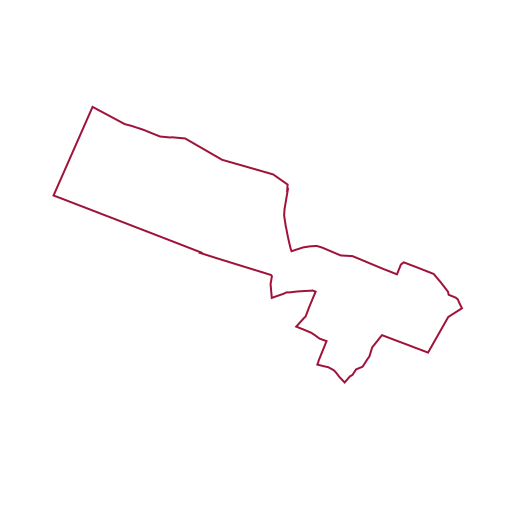 the district of New Cairo-1, Al Qahirah, Egypt, rotated 203°
{"feature_id": "37247803B99181648743437", "entity_name": "New Cairo-1", "entity_type": "district", "adm_level": 2, "iso_a3": "EGY", "parent_name": "Egypt", "parent_adm1": "Al Qahirah", "projection": "orthographic", "projection_center": [31.499, 30.025], "detail": "fine", "context": "isolated", "style": "outline", "palette": "rose", "viewbox_px": 512, "rotation_deg": 203, "n_neighbors": 0, "source": "geoboundaries", "source_scale": "gbopen_adm2", "svg_char_len": 1425}
<svg xmlns="http://www.w3.org/2000/svg" viewBox="0 0 512 512"><g transform="rotate(203 256 256)"><path d="M46.0,288.4L51.1,292.8L53.2,294.9L55.9,295.7L63.5,295.6L65.4,298.2L76.1,304.2L78.6,305.4L85.4,308.9L104.0,308.4L117.5,307.9L119.3,304.7L119.1,296.2L119.1,294.2L134.2,293.8L167.1,293.6L178.3,289.6L198.4,289.6L204.0,289.0L210.2,285.9L216.0,282.3L222.4,276.7L225.1,274.3L226.9,276.2L230.4,280.9L234.2,286.2L238.8,293.0L240.4,295.3L245.9,304.2L248.0,310.1L252.6,329.4L253.0,328.8L254.8,334.1L272.1,337.8L324.8,331.3L367.2,336.5L379.6,332.5L381.5,331.5L391.0,328.5L400.6,328.3L408.3,328.2L421.7,327.1L428.4,326.1L464.7,329.4L466.0,232.6L413.4,234.4L308.7,237.8L308.0,237.8L308.5,237.0L288.5,238.9L236.6,244.2L234.9,244.4L233.5,243.7L231.6,235.8L225.1,223.6L223.8,224.8L215.9,232.0L213.6,234.5L211.1,235.5L206.2,238.3L203.3,239.9L198.5,242.3L190.5,246.2L190.5,246.3L187.2,246.5L187.1,229.7L186.7,219.6L187.5,217.9L190.3,209.8L191.4,206.7L182.3,206.9L175.0,206.9L171.2,206.2L165.3,204.8L161.3,205.0L157.8,205.2L157.5,186.8L157.5,184.7L157.2,182.3L157.1,180.0L150.2,181.1L146.0,181.9L143.5,181.6L140.1,181.3L137.9,180.5L137.3,180.2L135.9,179.5L132.3,177.4L125.0,174.2L122.5,181.9L120.7,184.3L119.6,190.7L114.6,195.8L113.2,204.2L112.4,207.5L112.4,208.1L113.3,217.0L113.3,217.5L111.0,225.6L110.1,229.0L109.1,232.4L108.3,232.4L59.9,234.3L56.0,268.0L55.2,275.0L46.0,288.4Z" fill="none" stroke="#9f1239" stroke-width="2"/></g></svg>